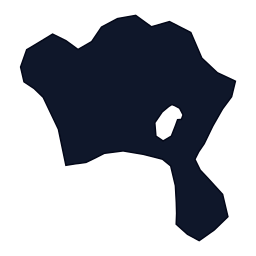 outline of Xocalı
{"feature_id": "AZE-1739", "entity_name": "Xocalı", "entity_type": "District", "adm_level": 1, "iso_a3": "AZE", "parent_name": "Azerbaijan", "parent_adm1": "", "projection": "albers", "projection_center": [46.729, 39.823], "detail": "fine", "context": "isolated", "style": "filled", "palette": "ink", "viewbox_px": 256, "rotation_deg": 0, "n_neighbors": 0, "source": "natural_earth", "source_scale": "10m", "svg_char_len": 909}
<svg xmlns="http://www.w3.org/2000/svg" viewBox="0 0 256 256"><path d="M154.8,157.2L143.3,154.3L123.1,150.9L104.3,153.3L95.3,157.9L86.0,162.4L78.1,163.5L76.0,163.7L65.9,165.3L58.4,129.2L43.2,97.3L34.1,88.5L24.0,81.8L20.6,67.0L26.7,49.7L30.0,47.8L40.3,41.6L52.6,34.1L66.1,40.8L78.0,49.5L91.7,41.6L101.5,27.1L117.5,18.6L135.7,15.4L151.4,26.8L169.5,21.6L190.8,32.5L199.1,51.8L201.8,58.1L210.3,66.1L217.3,72.7L235.4,81.2L231.6,96.7L222.7,108.7L221.4,110.9L212.9,125.8L212.1,127.4L204.2,143.7L198.8,151.6L194.9,159.3L200.2,170.1L208.1,178.5L222.6,194.4L227.9,216.7L214.3,229.9L199.2,240.6L187.5,234.3L176.2,224.2L176.6,213.4L176.3,202.2L175.4,185.7L170.7,165.9L162.5,159.2L154.8,157.2ZM163.1,141.0L171.4,136.1L175.6,125.3L177.6,119.7L181.4,119.4L183.1,114.9L179.6,108.2L174.8,105.6L171.9,104.5L168.8,106.4L162.2,111.9L154.8,122.7L155.9,136.1L163.1,141.0Z" fill="#0f172a" stroke="#020617" stroke-width="1.5"/></svg>